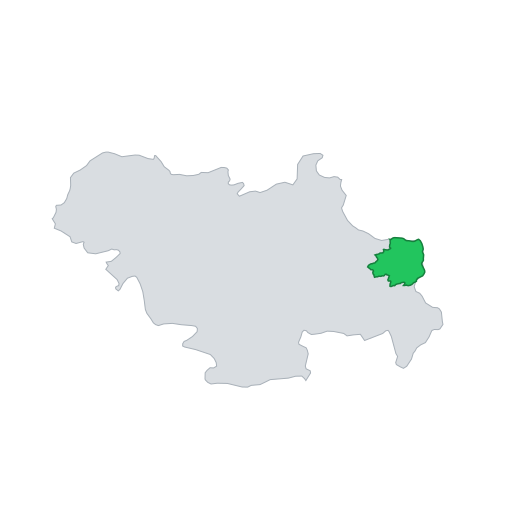 Pirotski highlighted on a map of Republic of Serbia, rotated 319°
{"feature_id": "SRB-121", "entity_name": "Pirotski", "entity_type": "District", "adm_level": 1, "iso_a3": "SRB", "parent_name": "Republic of Serbia", "parent_adm1": "", "projection": "albers", "projection_center": [22.387, 43.137], "detail": "fine", "context": "in_parent", "style": "filled", "palette": "green", "viewbox_px": 512, "rotation_deg": 319, "n_neighbors": 0, "source": "natural_earth", "source_scale": "10m", "svg_char_len": 7264}
<svg xmlns="http://www.w3.org/2000/svg" viewBox="0 0 512 512"><g transform="rotate(319 256 256)"><path d="M282.7,200.0L293.4,203.4L298.2,206.7L300.7,210.8L307.5,213.6L318.5,215.1L326.2,219.3L330.5,226.5L337.6,224.8L347.5,214.2L357.1,211.4L366.5,216.5L371.7,220.7L372.6,223.9L370.4,225.3L365.1,224.7L360.8,226.7L357.4,231.4L356.9,236.4L359.3,241.7L362.7,245.3L367.0,247.3L369.4,250.1L369.7,253.6L370.8,254.5L368.3,256.2L365.6,258.6L364.1,262.8L363.8,269.5L355.3,274.8L352.1,275.8L350.6,279.3L348.4,289.2L348.7,296.6L349.8,300.4L350.4,303.5L353.1,307.3L355.6,313.1L357.3,320.8L361.0,326.7L370.6,332.5L375.3,335.9L378.8,340.8L381.5,345.2L389.4,351.1L388.9,355.3L387.2,359.5L385.4,361.4L381.5,366.8L377.6,369.8L371.4,379.2L361.4,379.7L359.0,380.5L355.2,383.0L353.4,387.7L355.1,391.5L355.0,395.3L353.2,402.7L355.6,410.6L359.1,414.2L359.7,416.3L359.1,420.0L353.8,427.5L352.2,430.3L346.9,431.7L345.1,431.0L342.3,428.4L339.8,427.6L333.5,430.6L327.0,432.5L322.0,431.1L317.0,430.8L313.5,432.1L310.9,432.5L305.7,435.8L297.4,438.1L293.6,437.5L292.2,434.4L290.7,430.0L291.5,428.1L297.0,424.7L297.6,421.4L305.3,405.6L306.8,400.4L306.9,398.8L304.9,397.6L300.8,397.6L282.5,391.0L283.4,383.6L278.0,379.6L272.3,376.0L271.4,372.0L265.1,363.9L260.4,359.4L254.4,357.0L249.3,353.7L246.3,351.6L244.9,347.8L245.0,345.6L243.5,343.5L241.0,343.7L236.7,346.5L231.5,349.0L230.5,350.8L232.3,355.3L233.6,358.1L232.9,360.8L231.2,364.1L221.0,371.4L219.8,374.0L221.6,378.2L220.4,380.1L211.9,382.7L212.2,380.4L211.8,376.7L207.0,372.7L200.3,369.4L185.6,358.6L179.8,357.1L174.7,355.7L167.5,350.5L163.7,349.5L159.6,345.8L150.8,333.4L143.3,326.6L138.1,323.1L136.7,319.8L136.5,316.5L136.8,315.4L141.0,310.8L144.1,310.2L148.0,310.2L150.6,312.7L154.0,313.3L156.0,310.4L157.2,306.0L156.9,300.4L149.1,287.1L142.4,277.8L141.6,275.8L143.2,274.1L145.7,273.3L148.3,274.2L155.2,275.1L161.9,274.5L164.2,272.3L164.3,269.4L162.0,266.5L154.5,258.8L148.7,252.0L141.8,246.7L136.7,244.5L135.2,241.9L134.7,239.1L135.5,234.1L136.0,227.8L137.4,223.8L142.4,216.4L147.2,208.6L150.3,201.0L152.0,193.9L151.6,191.8L149.3,190.2L144.4,188.4L137.5,189.5L131.5,191.9L129.2,192.0L128.6,188.8L129.6,187.4L131.4,187.6L132.9,188.3L134.6,186.9L135.7,182.6L133.9,167.5L138.3,166.3L138.4,164.2L138.9,162.3L143.3,165.1L149.6,165.3L155.1,165.0L156.0,163.6L156.0,161.4L154.9,159.7L153.0,158.3L151.7,156.1L148.0,155.1L136.5,149.2L131.1,143.2L131.5,137.2L133.3,133.9L135.3,132.8L134.8,131.6L128.4,128.5L126.2,124.5L128.3,119.5L125.3,109.2L122.0,102.7L125.7,100.1L126.3,96.3L126.7,94.1L128.1,94.2L133.8,91.8L136.0,89.8L137.3,87.3L138.6,86.8L142.3,89.6L146.3,90.0L150.8,88.5L154.2,86.2L158.3,84.4L160.2,83.1L162.5,81.1L167.4,75.1L172.8,73.9L179.8,75.8L187.4,76.6L193.2,75.3L207.7,77.5L210.7,79.0L212.7,80.7L216.4,86.1L219.9,93.1L224.9,96.4L230.9,100.4L233.9,103.2L238.4,111.6L241.9,115.7L243.1,115.5L244.4,114.5L245.2,113.7L246.2,114.4L246.2,117.0L246.3,122.5L245.3,128.4L246.5,134.1L246.5,135.8L245.6,137.4L245.6,138.8L246.9,140.4L251.8,144.2L256.3,150.0L261.5,154.1L266.4,156.8L269.5,157.0L274.5,161.7L284.6,165.2L287.8,166.3L290.0,168.3L291.6,170.5L291.6,172.9L290.1,174.0L287.9,177.1L286.9,181.0L285.3,182.0L283.7,182.0L282.5,183.2L282.7,184.9L284.1,186.5L286.1,187.9L290.2,189.4L294.1,191.6L294.1,193.3L293.2,195.1L288.2,195.7L284.4,196.0L282.6,196.7L282.7,200.0Z" fill="#d9dde1" stroke="#a8b0b8" stroke-width="1"/><path d="M368.0,331.5L368.4,332.0L369.0,332.2L370.3,332.1L371.0,332.2L372.1,332.7L372.4,332.9L373.0,333.4L377.8,338.2L378.6,339.4L378.9,340.1L379.1,341.8L379.3,342.5L379.7,343.2L381.4,344.8L383.2,347.2L384.1,348.1L385.3,348.9L388.6,349.6L389.7,350.1L389.8,351.1L390.0,352.3L389.3,355.4L388.0,358.4L386.7,360.5L386.1,360.9L385.0,361.5L384.4,362.0L384.1,362.6L383.6,364.3L383.3,365.1L380.5,367.8L379.6,369.0L378.7,369.4L376.8,369.9L376.1,370.3L375.6,371.1L375.2,372.3L374.0,376.8L373.6,377.8L372.8,378.9L370.7,379.8L368.7,380.3L363.6,378.9L361.7,379.2L360.8,379.8L360.5,380.3L360.4,380.3L359.3,380.1L359.0,380.1L358.5,379.9L358.3,379.9L357.7,379.6L357.2,379.6L356.7,379.6L355.9,379.7L355.6,379.7L355.1,379.7L354.9,379.7L354.6,379.7L354.1,379.4L353.9,379.4L353.3,379.3L353.1,379.2L352.6,378.9L352.0,378.6L351.6,378.4L351.4,378.1L351.1,377.8L350.8,377.5L350.7,377.3L350.5,376.8L350.4,376.6L350.2,376.6L350.0,376.4L349.6,376.2L349.4,376.1L349.2,376.0L348.5,375.5L348.0,375.0L349.2,374.8L349.9,374.6L350.2,374.4L350.4,374.3L350.6,374.1L350.8,373.8L350.8,373.6L350.7,373.3L350.6,373.1L350.4,372.9L350.0,372.6L349.3,372.1L349.1,372.0L348.3,371.5L348.1,371.5L347.9,371.4L347.7,371.4L347.2,371.4L346.8,371.4L346.7,371.3L346.3,370.9L345.7,370.6L345.2,370.3L343.9,369.6L343.2,369.4L342.7,369.2L342.4,369.2L342.2,369.2L341.9,369.3L341.5,369.4L341.3,369.3L341.2,369.3L341.0,369.2L340.7,369.0L340.4,368.6L340.3,368.4L340.1,368.3L339.8,368.2L339.6,368.1L338.8,368.0L338.4,367.9L337.7,367.4L337.4,367.1L337.3,366.8L337.3,366.6L338.3,365.7L338.5,365.6L338.6,365.3L338.8,365.2L339.3,364.8L339.5,364.7L340.0,364.6L340.3,364.4L340.6,364.0L341.1,363.5L341.1,363.4L341.1,363.1L340.4,362.5L340.0,362.2L339.5,361.7L339.7,360.8L339.8,360.7L340.0,360.4L340.4,360.2L340.9,360.0L341.4,359.8L341.6,359.6L341.9,359.3L343.0,358.8L343.7,358.4L342.8,356.5L342.6,356.4L342.4,356.1L342.3,355.9L342.5,355.5L342.5,355.4L342.4,355.3L342.3,355.2L341.9,354.8L341.7,354.7L341.3,354.6L341.2,354.6L340.6,354.8L340.3,354.9L340.1,354.9L339.8,354.9L339.6,354.8L339.3,354.7L339.0,354.6L338.8,354.4L338.7,354.3L338.3,353.7L338.2,353.6L337.7,353.5L337.4,353.5L337.2,353.4L336.7,353.1L336.2,352.6L335.8,352.1L335.5,351.9L335.4,351.8L335.3,351.7L334.6,351.6L334.4,351.6L333.6,351.1L333.1,350.5L332.9,350.5L331.5,349.8L331.9,348.9L332.3,348.0L332.6,347.5L332.7,347.3L332.7,347.1L332.6,346.5L332.6,346.3L332.7,346.1L332.8,346.0L333.1,345.6L333.3,345.4L333.4,345.0L333.5,344.9L333.8,344.7L334.0,344.6L334.5,344.6L334.8,344.5L334.9,344.3L335.0,344.0L335.1,343.8L335.1,343.7L335.0,343.4L334.9,343.3L334.9,342.8L334.9,342.7L334.7,342.5L334.2,342.2L333.8,341.8L333.7,341.7L333.7,341.3L333.7,340.9L333.7,340.7L333.5,339.7L333.4,339.5L333.3,338.4L333.1,337.5L333.9,337.2L334.7,336.9L335.0,336.9L335.3,336.9L335.8,337.0L336.5,337.1L337.2,337.2L337.4,337.3L337.7,337.4L337.9,337.5L338.5,338.0L339.0,338.2L339.6,338.3L339.9,338.4L340.1,338.6L340.5,338.9L341.0,339.1L341.4,339.2L341.9,339.2L342.3,339.0L342.9,339.0L344.2,339.0L344.5,339.0L344.8,338.9L345.4,338.7L345.6,338.7L345.8,338.5L345.9,338.3L346.0,337.7L346.3,337.0L346.3,336.8L346.3,336.6L346.2,336.2L346.3,335.8L346.3,335.6L346.6,335.2L346.6,334.9L346.6,334.4L346.5,333.3L348.0,333.9L348.2,334.0L348.5,334.3L348.8,334.5L349.1,334.6L349.6,334.8L350.3,335.1L350.6,335.2L350.8,335.2L351.2,335.1L351.4,335.1L351.7,335.2L351.8,335.3L352.1,335.6L353.7,336.8L353.8,336.7L354.0,336.7L354.8,336.6L355.0,336.6L355.3,336.5L355.5,336.4L355.7,336.2L355.9,335.8L356.3,335.0L356.3,334.8L356.5,334.7L356.8,334.8L357.1,335.1L357.2,335.4L357.6,336.0L358.4,336.9L358.8,337.4L359.0,337.6L359.6,337.9L360.0,338.2L360.9,338.2L361.1,338.3L362.2,338.6L362.4,338.6L362.6,338.6L362.8,338.4L362.8,338.2L362.6,337.4L362.6,337.1L362.7,336.9L362.8,336.7L363.2,336.3L364.2,335.4L364.5,335.2L365.3,334.8L365.6,334.6L366.1,334.0L366.4,333.5L366.7,333.2L367.0,332.8L367.5,332.2L368.0,331.6L368.0,331.5Z" fill="#22c55e" stroke="#15803d" stroke-width="1.5"/></g></svg>